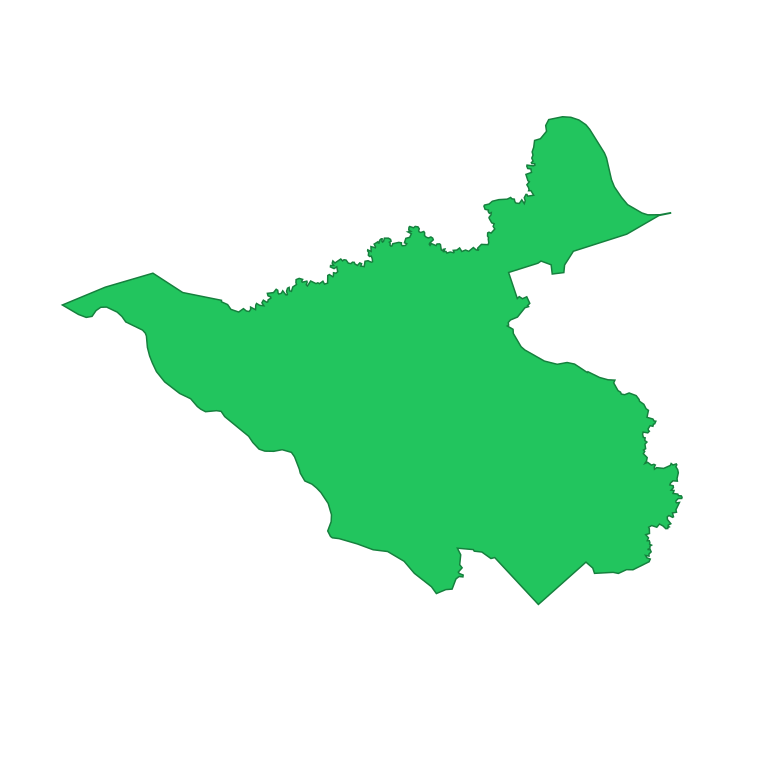 Nīgrandes pag., Saldus, Latvia (Mercator projection), rotated 172°
{"feature_id": "27541924B79639450642691", "entity_name": "Nīgrandes pag.", "entity_type": "district", "adm_level": 2, "iso_a3": "LVA", "parent_name": "Latvia", "parent_adm1": "Saldus", "projection": "mercator", "projection_center": [22.027, 56.455], "detail": "fine", "context": "isolated", "style": "filled", "palette": "green", "viewbox_px": 768, "rotation_deg": 172, "n_neighbors": 0, "source": "geoboundaries", "source_scale": "gbopen_adm2", "svg_char_len": 6166}
<svg xmlns="http://www.w3.org/2000/svg" viewBox="0 0 768 768"><g transform="rotate(172 384 384)"><path d="M417.9,221.4L403.7,217.6L388.8,205.7L380.3,192.3L365.2,176.6L361.3,169.2L351.4,171.8L345.1,171.4L339.9,180.9L336.5,182.9L332.7,182.0L332.2,183.8L335.7,185.8L336.6,187.4L332.2,191.1L334.2,194.5L331.8,204.2L334.2,211.2L318.6,207.6L317.9,205.9L310.5,204.0L302.4,196.3L298.5,196.7L261.8,144.2L208.8,179.5L202.9,172.7L201.9,167.2L183.3,165.6L178.3,163.8L169.7,166.4L163.3,165.4L146.2,171.1L144.7,173.6L147.8,175.2L148.9,177.9L145.5,176.7L145.3,178.7L142.8,180.6L143.4,182.9L146.1,183.4L143.6,184.2L143.2,186.4L141.5,187.2L143.3,188.4L142.8,190.0L143.1,191.9L145.1,192.2L143.5,194.8L145.8,198.4L141.9,199.0L141.4,203.7L141.9,205.3L138.6,206.6L133.8,204.2L130.7,207.0L127.5,204.6L125.1,201.5L123.1,201.4L123.0,202.4L121.5,202.8L122.4,203.6L122.2,204.7L119.4,205.7L122.2,210.4L122.0,213.0L120.2,214.1L116.8,211.8L115.8,212.2L116.3,216.2L112.2,216.3L112.4,218.9L107.9,225.6L110.9,225.6L111.4,226.6L111.1,227.7L108.6,229.6L105.1,229.2L104.6,230.3L105.1,231.8L107.9,232.5L108.4,234.1L113.0,235.4L111.6,238.2L114.5,238.9L111.8,241.1L111.8,243.0L115.0,244.3L114.0,246.1L111.3,247.9L107.0,247.0L107.0,249.5L104.9,255.1L105.1,258.3L106.5,261.5L105.3,263.2L105.7,264.2L109.1,263.6L110.7,265.3L111.8,263.5L118.8,261.5L125.7,263.2L128.0,262.0L127.9,264.2L126.6,266.0L127.9,266.9L130.5,266.5L133.9,269.8L136.7,269.0L134.7,271.4L133.6,274.5L136.9,278.9L135.2,281.0L136.2,282.5L133.9,283.5L134.0,288.1L131.7,289.9L133.6,291.8L132.9,294.4L134.6,295.0L134.9,298.3L134.1,300.3L129.6,298.9L127.8,300.3L128.6,301.3L128.7,302.8L126.3,305.7L123.6,304.7L122.8,306.7L121.5,306.9L120.0,309.3L121.7,309.8L122.6,311.9L128.2,314.4L125.8,321.1L127.9,323.0L129.5,327.7L133.3,331.3L133.6,333.3L135.9,337.4L142.5,341.0L147.2,339.9L150.4,341.0L150.9,343.0L153.2,344.9L156.4,353.1L154.8,355.7L161.6,357.0L169.7,360.5L180.4,367.8L181.1,367.1L192.5,377.2L199.7,379.8L209.7,379.4L222.0,384.4L239.8,398.1L243.1,401.9L248.9,416.0L248.6,420.2L253.8,424.3L252.4,424.9L252.4,427.6L249.9,429.8L242.5,431.7L233.8,439.9L230.1,440.5L230.9,441.7L228.4,443.6L230.5,450.5L235.0,449.2L237.9,451.7L240.1,450.1L245.1,477.1L214.7,482.2L211.4,483.9L201.9,478.8L202.1,469.5L190.4,469.3L188.6,476.7L178.0,489.1L122.7,498.6L88.2,512.6L76.5,513.3L76.5,513.7L87.2,513.2L99.2,514.8L104.8,517.5L117.8,527.7L122.9,535.9L128.4,547.1L130.3,554.7L132.2,576.9L133.6,582.2L144.8,607.4L147.9,612.5L154.2,618.3L161.8,622.1L170.0,623.8L184.1,622.9L187.9,617.5L187.9,611.6L195.0,605.1L201.0,604.2L202.8,597.6L205.0,593.2L204.6,589.9L206.2,587.2L205.4,584.0L207.3,582.7L206.9,581.6L204.1,581.2L204.1,579.7L205.8,579.2L211.9,580.9L212.3,579.8L211.7,577.4L208.6,576.5L208.5,573.0L214.3,571.8L213.2,565.3L211.9,564.1L214.8,561.4L213.6,558.5L213.3,556.4L213.9,555.3L211.6,555.0L209.5,550.1L215.5,550.0L216.1,551.8L217.0,552.0L219.2,548.9L218.6,545.9L220.0,543.1L221.9,547.2L224.8,544.0L228.0,544.7L229.1,546.4L229.2,548.9L231.6,549.6L232.6,551.1L236.3,549.9L244.6,550.6L251.3,549.9L254.9,547.6L259.6,547.2L260.3,546.2L259.6,542.9L256.4,541.7L256.8,540.2L255.9,538.3L253.9,538.8L254.5,536.6L256.8,534.4L256.8,533.4L254.9,528.6L252.6,527.4L254.0,524.9L252.7,522.1L257.0,518.5L258.9,519.7L260.3,519.2L260.9,516.1L260.1,514.4L260.6,512.9L260.6,509.3L261.6,507.5L268.1,508.7L272.3,505.5L272.6,504.6L271.7,503.7L272.1,503.3L274.0,503.9L276.5,506.7L281.6,503.6L284.6,505.3L288.5,504.4L290.2,508.2L293.2,506.5L296.8,506.7L296.2,504.9L296.7,504.3L300.1,505.5L303.5,504.9L304.2,506.6L306.3,506.8L304.9,509.2L306.7,509.1L307.1,507.6L308.6,508.7L308.7,514.2L309.4,515.0L312.0,515.3L313.2,513.8L317.6,516.5L319.1,514.8L319.7,515.9L319.3,517.0L315.1,519.9L315.5,521.7L317.1,523.1L319.7,522.4L321.7,523.5L323.2,525.3L322.7,528.1L323.4,529.5L326.5,528.9L327.9,529.7L328.4,530.7L327.5,532.8L328.5,534.9L331.2,535.7L333.0,534.6L336.6,536.4L337.4,535.8L338.1,533.1L336.2,531.5L339.2,531.3L336.0,529.0L338.1,525.7L342.1,525.2L344.1,521.0L341.9,519.7L343.5,518.2L346.7,518.3L347.4,519.7L347.1,521.4L349.7,522.2L355.8,521.7L357.0,519.6L357.9,519.5L358.7,520.5L358.3,522.6L359.0,523.7L357.1,524.4L357.4,526.3L359.3,527.8L363.3,528.4L364.6,525.3L365.7,524.7L366.2,525.4L365.6,528.0L366.5,528.2L368.0,527.2L369.4,524.2L370.1,524.4L370.3,525.7L374.3,523.9L373.3,520.9L373.6,520.1L377.8,521.9L378.3,517.1L381.4,519.1L381.7,518.1L380.8,516.4L381.6,513.7L380.6,512.3L378.8,512.4L378.2,509.6L378.3,506.7L379.6,506.3L382.6,508.3L385.7,508.2L387.3,503.0L390.6,504.0L389.4,506.2L391.1,507.3L393.9,505.1L396.2,507.1L396.5,508.6L398.3,509.0L400.0,507.8L402.5,508.6L404.3,512.0L406.3,512.6L407.9,511.7L409.4,513.8L415.7,510.7L417.5,513.0L418.5,510.9L417.4,508.5L420.4,508.8L420.8,507.4L417.4,505.2L414.5,506.6L414.2,501.6L416.1,500.4L418.5,501.2L419.1,498.0L419.7,497.3L422.9,500.0L424.6,499.3L425.8,491.7L429.0,491.2L430.2,494.3L434.0,492.3L435.4,493.4L437.4,492.9L442.3,496.2L446.2,491.7L447.2,493.1L445.9,495.6L446.1,496.6L450.7,496.2L451.2,497.3L450.0,498.9L453.3,500.4L456.5,499.6L457.1,496.7L456.8,494.7L460.8,492.8L462.8,488.6L464.5,489.4L464.5,492.9L466.2,492.3L467.6,489.5L467.2,486.1L467.7,485.7L468.8,486.0L471.3,490.4L473.1,488.1L475.6,487.7L476.2,488.7L476.2,491.6L477.6,492.8L480.7,489.9L486.9,490.0L486.6,487.5L484.1,485.9L484.1,484.7L487.0,483.5L487.6,481.6L488.6,481.2L491.8,483.8L493.6,481.4L492.1,478.2L496.1,479.2L499.0,481.5L500.0,480.0L500.9,475.5L505.4,478.7L505.7,476.3L507.4,474.6L510.1,475.4L512.7,478.2L517.9,475.5L525.2,479.2L527.8,484.4L533.5,488.0L533.3,489.5L570.6,502.6L597.4,525.9L646.5,518.7L691.5,507.0L676.9,495.4L669.6,491.4L663.7,491.6L658.9,496.8L653.8,499.4L648.0,498.8L638.2,492.3L634.1,487.3L631.1,481.4L615.6,471.0L613.3,467.6L612.6,464.6L613.2,453.1L612.2,444.4L610.4,436.9L607.6,427.9L600.9,416.6L587.7,403.1L577.5,396.3L572.0,387.7L568.9,384.5L564.6,381.4L553.6,380.9L549.1,379.6L546.3,373.9L525.3,351.1L522.0,344.3L516.8,336.9L511.3,334.1L502.6,332.7L494.0,333.1L485.2,329.2L482.7,324.3L479.7,311.4L479.3,307.3L475.9,299.0L469.3,294.9L465.2,290.4L461.6,285.4L455.9,273.5L454.2,261.8L455.5,255.0L460.2,246.3L458.2,240.5L456.6,238.9L449.9,237.1L432.6,229.3L417.9,221.4Z" fill="#22c55e" stroke="#15803d" stroke-width="1.5"/></g></svg>